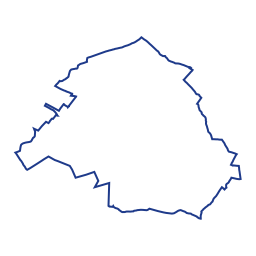 Varsolt, Salaj, Romania
{"feature_id": "2599482B93915218658346", "entity_name": "Varsolt", "entity_type": "district", "adm_level": 2, "iso_a3": "ROU", "parent_name": "Romania", "parent_adm1": "Salaj", "projection": "robinson", "projection_center": [22.94, 47.205], "detail": "fine", "context": "isolated", "style": "outline", "palette": "blue", "viewbox_px": 256, "rotation_deg": 0, "n_neighbors": 0, "source": "geoboundaries", "source_scale": "gbopen_adm2", "svg_char_len": 5748}
<svg xmlns="http://www.w3.org/2000/svg" viewBox="0 0 256 256"><path d="M240.6,179.0L239.5,171.3L239.2,169.8L239.2,169.0L239.1,168.4L239.1,167.9L239.0,167.2L238.9,166.6L238.8,165.9L237.0,165.8L233.2,165.4L232.9,165.6L231.0,164.8L231.4,164.1L231.7,163.1L232.2,162.5L232.6,161.6L232.9,161.2L233.1,160.6L233.5,159.7L235.7,155.6L236.1,154.9L236.4,154.6L236.7,154.2L234.9,153.4L233.3,152.9L231.6,152.3L229.0,151.7L228.6,151.3L227.9,150.1L227.5,148.7L225.2,145.1L224.8,144.2L224.6,143.6L224.3,143.1L221.9,139.7L220.7,139.7L219.3,139.6L218.6,139.5L217.5,139.3L217.0,139.3L215.6,139.3L213.8,139.2L212.2,139.2L211.7,137.5L211.3,136.1L211.1,135.3L210.5,134.2L210.1,133.5L209.6,133.0L208.3,131.8L208.0,130.6L207.9,129.9L207.7,129.1L207.4,128.2L207.0,126.7L206.9,126.3L206.3,124.8L206.1,124.1L206.0,123.7L206.0,122.6L206.2,121.9L205.9,121.0L205.8,120.3L205.9,119.8L205.7,118.3L205.5,117.7L205.2,117.1L204.0,116.0L203.3,115.5L203.1,115.1L202.0,114.1L201.7,113.5L201.7,112.5L201.3,111.9L199.7,110.3L199.4,109.6L199.3,108.9L198.9,107.8L198.6,106.9L198.5,105.6L198.2,104.6L197.8,104.1L197.1,103.8L201.3,97.8L199.6,96.0L199.2,95.1L198.8,94.7L197.6,94.3L196.6,94.2L196.2,93.9L195.5,92.8L194.9,91.7L192.9,89.4L191.7,87.9L189.5,85.7L188.0,84.2L187.0,83.1L185.5,81.8L183.7,79.8L184.6,79.0L185.5,77.9L186.9,76.3L189.4,73.6L190.6,72.2L192.2,70.6L192.6,70.0L189.9,68.4L190.9,67.8L190.7,67.6L190.3,67.3L189.1,67.0L188.0,66.9L183.7,65.1L181.7,64.5L180.4,64.0L179.3,63.7L178.2,63.5L175.6,63.4L175.2,63.3L174.0,62.6L172.9,62.2L171.9,61.8L171.1,61.6L168.8,60.6L168.1,59.9L167.0,58.2L165.9,57.3L165.4,56.7L165.2,56.1L164.9,56.0L163.1,56.1L162.4,55.8L161.6,55.3L160.8,54.9L160.0,54.3L159.4,53.5L159.0,52.6L158.4,51.8L157.8,51.1L157.5,51.0L156.8,50.5L154.4,48.2L151.0,45.0L149.6,43.8L148.4,42.6L147.6,41.9L146.7,41.1L145.6,40.3L144.1,39.4L141.7,37.5L141.4,37.3L140.1,38.6L139.1,39.5L137.3,40.6L136.5,41.2L135.2,42.0L134.5,42.4L133.3,42.9L131.9,43.3L130.4,44.2L127.8,45.3L125.7,45.9L124.0,46.5L123.0,47.0L121.8,47.5L120.5,47.7L119.2,48.0L118.7,48.1L117.6,48.4L115.0,48.9L114.0,49.3L112.9,49.5L111.7,49.9L108.8,50.6L108.0,50.9L106.0,51.4L90.8,56.8L88.3,57.5L87.3,58.0L86.9,60.1L86.9,61.0L87.0,61.8L83.4,63.1L80.5,63.9L79.6,64.4L79.0,64.9L78.0,65.5L77.9,66.1L77.8,66.8L77.7,67.3L77.6,67.8L77.1,68.5L76.6,68.6L76.1,68.7L75.5,68.6L74.7,68.9L73.2,69.1L71.3,69.5L70.4,70.4L69.9,71.1L68.9,74.6L68.5,76.6L68.2,77.0L67.7,77.3L67.3,77.8L66.9,78.0L66.4,78.3L66.1,78.5L65.6,79.1L64.2,79.7L62.7,80.7L62.2,81.0L60.8,81.2L60.3,81.2L59.6,80.9L58.0,83.0L57.2,83.8L56.5,84.4L55.2,86.0L59.7,88.5L61.1,89.2L64.3,90.6L65.0,90.8L65.3,90.9L65.7,91.0L66.1,91.4L69.6,92.6L69.9,92.8L70.4,93.1L71.1,93.4L71.9,93.6L72.2,93.7L72.2,93.9L72.2,94.2L71.9,94.5L71.2,95.2L70.9,95.7L71.7,95.8L74.5,96.1L76.1,96.5L76.0,96.8L75.6,97.2L70.3,104.1L69.3,105.4L69.0,105.8L69.0,106.1L68.7,106.1L67.8,107.3L67.6,106.9L67.3,106.7L67.0,106.4L66.0,105.9L65.3,105.4L64.8,105.2L64.0,104.2L63.7,104.1L60.4,108.4L58.9,110.8L53.3,107.7L46.0,103.8L44.9,105.8L48.9,107.9L51.4,109.4L53.2,110.2L54.8,111.7L56.2,113.4L57.1,114.8L57.3,115.5L57.5,115.7L57.3,115.7L56.1,114.8L54.6,116.9L53.0,118.9L52.7,118.8L52.3,118.6L52.1,118.6L51.9,118.7L51.7,118.8L50.7,120.1L49.9,121.0L49.6,121.7L48.5,123.1L46.0,121.8L41.8,126.2L38.2,130.6L36.7,129.9L34.8,129.1L34.0,128.7L34.6,130.3L35.1,131.6L35.1,131.9L34.9,134.7L34.8,136.1L34.4,136.8L33.8,137.4L33.1,137.8L32.6,138.7L32.1,139.5L31.9,140.0L31.6,140.5L31.0,141.3L30.6,141.6L30.2,141.7L29.2,142.0L26.6,142.4L25.2,142.7L23.0,143.4L22.2,143.9L21.5,144.4L21.2,144.7L21.0,145.2L20.7,146.2L20.3,148.3L20.2,149.2L20.1,149.9L20.0,150.8L17.7,151.8L15.7,152.5L15.4,152.6L16.2,153.6L16.6,154.2L20.5,160.3L21.0,160.6L23.0,163.8L23.1,164.4L23.9,165.6L24.8,166.6L25.3,167.6L26.0,168.8L26.5,169.3L27.2,169.8L30.2,168.1L37.3,163.6L41.5,160.9L44.2,159.1L48.5,156.5L51.2,158.0L53.1,159.1L54.4,159.8L54.7,160.0L57.8,161.1L69.8,165.9L72.1,169.6L75.6,177.7L86.2,174.7L94.3,171.9L98.3,180.9L94.8,187.2L109.2,183.0L108.5,205.9L108.8,206.2L109.2,206.2L109.5,206.5L110.0,206.7L110.4,206.6L111.5,206.7L111.9,206.8L112.2,206.9L112.6,206.8L112.8,206.6L113.2,206.0L113.5,206.6L113.9,207.1L114.6,207.6L116.2,208.3L116.8,208.4L117.4,208.6L118.6,209.3L119.1,210.0L119.5,210.3L120.5,210.9L121.0,211.4L122.0,212.0L122.5,212.1L123.6,212.0L123.9,212.1L125.0,212.0L126.2,211.6L127.3,211.5L128.2,211.5L128.9,211.5L129.8,211.6L130.5,211.6L131.4,211.5L132.2,211.4L133.2,211.4L133.5,211.3L133.7,211.0L134.0,210.8L134.6,210.7L135.1,210.6L135.5,210.6L136.2,210.5L137.4,210.1L137.9,210.1L140.8,209.8L143.2,209.9L144.1,210.0L145.4,210.1L146.4,210.2L147.1,210.1L147.8,209.8L148.6,209.3L149.4,208.7L158.0,211.1L163.5,212.4L166.1,212.9L171.9,213.6L173.9,213.3L175.4,212.5L176.6,211.8L177.6,211.1L178.6,210.6L180.0,210.2L180.7,210.1L181.7,210.5L183.4,211.2L184.4,211.5L185.1,211.8L186.2,212.6L186.7,213.0L187.7,213.2L188.4,213.4L189.6,213.5L190.8,213.6L191.8,214.4L192.2,214.6L192.8,214.8L194.4,215.5L194.9,215.7L196.9,216.6L197.2,217.1L197.9,217.6L198.2,217.6L198.7,218.1L199.3,218.4L199.8,218.4L200.7,218.7L200.8,218.2L200.7,217.6L200.7,217.0L200.7,216.4L200.7,215.8L200.8,215.4L200.9,214.9L201.6,212.6L201.5,212.3L201.3,211.8L201.6,211.1L202.7,210.1L203.1,209.6L203.5,209.1L204.1,208.6L204.6,208.3L205.1,207.7L205.9,207.1L206.6,206.6L208.0,205.5L208.3,205.0L208.4,204.9L209.1,204.7L209.6,204.6L210.2,204.2L211.6,202.4L212.6,201.5L212.8,200.6L213.0,200.2L213.7,198.6L214.5,197.7L216.1,196.1L217.6,193.8L219.4,190.8L221.9,187.2L222.7,187.8L224.5,189.5L225.6,188.2L226.0,188.0L226.4,187.7L226.2,187.4L226.2,186.9L226.1,185.4L226.2,184.6L226.7,183.9L227.9,183.1L228.4,182.7L228.7,182.3L229.5,180.8L230.1,180.0L231.0,178.6L231.4,177.7L234.6,178.4L236.3,178.8L238.1,179.1L239.4,179.2L240.6,179.0Z" fill="none" stroke="#1e3a8a" stroke-width="2"/></svg>